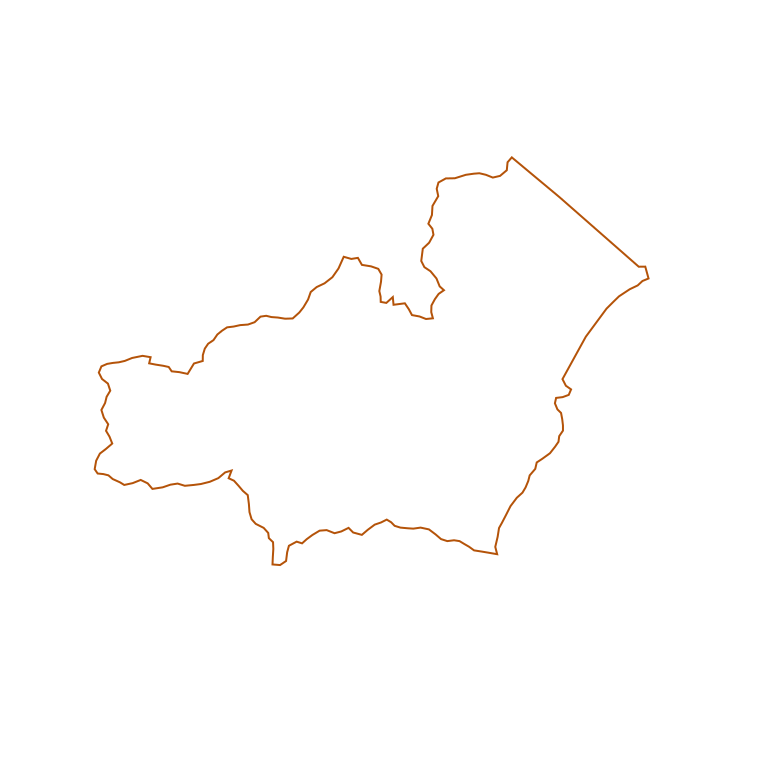 the district of Santo Amaro da Imperatriz, Santa Catarina, Brazil, rotated 48°
{"feature_id": "56859067B63225010311185", "entity_name": "Santo Amaro da Imperatriz", "entity_type": "district", "adm_level": 2, "iso_a3": "BRA", "parent_name": "Brazil", "parent_adm1": "Santa Catarina", "projection": "natural_earth1", "projection_center": [-48.807, -27.744], "detail": "fine", "context": "isolated", "style": "outline", "palette": "amber", "viewbox_px": 768, "rotation_deg": 48, "n_neighbors": 0, "source": "geoboundaries", "source_scale": "gbopen_adm2", "svg_char_len": 2853}
<svg xmlns="http://www.w3.org/2000/svg" viewBox="0 0 768 768"><g transform="rotate(48 384 384)"><path d="M238.3,528.1L232.5,533.3L227.3,532.6L222.7,535.9L216.8,540.7L211.5,544.7L207.9,539.5L201.5,544.6L196.1,553.8L193.4,561.2L190.4,566.6L186.9,571.4L183.8,576.3L181.8,582.2L184.7,588.3L191.6,590.2L199.0,588.9L205.8,591.9L207.9,598.7L211.5,604.0L214.2,611.4L221.5,614.7L229.4,615.9L232.8,621.9L239.4,623.2L246.4,625.8L246.2,633.9L245.6,641.7L248.4,649.2L253.7,656.0L258.9,656.7L263.2,652.8L267.5,649.9L273.1,649.2L280.4,646.0L285.2,644.6L289.5,637.1L292.5,629.0L299.7,626.1L307.0,626.3L312.7,617.6L315.9,610.1L319.9,604.0L326.4,600.1L331.8,592.8L335.8,587.0L340.1,578.9L343.1,570.1L343.4,561.2L346.3,555.2L350.1,562.5L355.5,560.2L362.4,560.2L368.9,560.4L375.4,559.6L382.9,564.8L389.2,569.7L395.9,572.9L402.1,572.9L410.4,569.7L417.2,569.7L421.5,572.7L427.3,572.3L432.5,576.6L438.0,582.2L443.5,587.6L449.0,582.4L450.0,575.2L444.2,568.5L440.6,562.9L442.7,554.4L447.6,551.5L447.6,545.3L448.3,538.2L449.9,530.0L454.2,524.4L461.8,520.6L465.0,514.4L467.2,506.6L473.7,506.3L481.3,501.4L481.5,493.6L482.3,485.0L484.9,478.9L486.6,472.7L491.5,471.2L496.5,471.0L501.7,467.9L507.1,462.9L511.1,459.0L515.2,452.9L522.1,447.9L530.3,446.3L537.4,445.4L543.1,442.1L547.0,436.5L551.3,433.0L556.9,431.3L561.8,429.7L567.9,428.4L573.8,423.6L579.2,419.3L586.2,413.8L579.5,410.3L573.6,401.8L568.0,394.9L566.1,389.3L563.0,381.0L559.4,371.7L557.4,361.4L557.4,353.8L555.6,348.0L552.6,341.7L549.4,336.9L548.3,328.4L544.5,323.0L545.5,316.4L546.5,307.0L545.1,298.9L543.7,293.0L540.0,288.7L538.4,282.2L534.5,278.7L529.4,275.1L524.0,271.8L518.9,272.1L512.7,269.9L509.5,265.4L513.3,260.0L515.7,254.0L513.2,248.6L507.0,250.0L499.8,248.1L483.9,202.4L476.9,168.2L476.4,158.4L476.1,150.7L478.0,138.0L480.5,129.5L480.4,123.0L482.6,116.8L471.6,111.3L467.3,116.2L362.4,128.6L301.1,137.4L301.9,143.8L307.3,149.7L307.0,158.5L303.4,165.0L296.7,168.3L291.2,172.1L287.9,176.4L283.3,183.2L278.5,193.7L272.6,200.5L270.7,208.7L274.2,214.2L280.7,218.0L284.1,228.8L290.5,235.3L294.6,243.8L301.0,244.2L306.2,247.4L309.2,255.9L309.4,264.6L317.5,274.0L324.2,275.8L331.3,274.0L340.7,274.4L348.7,277.3L354.4,276.7L353.6,283.1L355.0,289.4L357.4,296.2L362.2,300.8L367.9,303.7L363.8,309.3L357.6,312.4L351.5,317.1L345.0,315.5L338.0,314.5L331.5,323.9L325.3,319.3L325.3,328.0L320.8,331.5L316.7,328.0L311.8,325.3L306.0,317.8L301.1,312.6L294.6,311.2L287.9,314.9L280.7,320.7L272.8,319.0L269.2,324.6L262.5,328.8L267.7,340.5L270.1,350.9L269.4,360.8L266.9,369.2L266.6,376.9L270.4,383.9L273.1,392.6L274.2,399.1L274.2,408.0L269.3,413.8L263.6,418.4L258.9,422.9L254.5,425.9L251.3,430.7L251.5,438.8L248.8,445.3L244.0,451.5L240.7,457.3L236.9,462.7L236.0,468.8L235.7,474.7L237.3,481.4L236.4,487.7L237.8,493.5L241.3,499.3L245.6,503.3L241.6,511.5L245.1,523.2L238.3,528.1Z" fill="none" stroke="#b45309" stroke-width="2"/></g></svg>